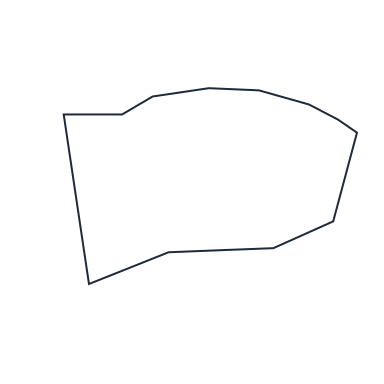 outline of Al Bayda City, Al Bayda', Yemen, rotated 105°
{"feature_id": "15242507B46514992266380", "entity_name": "Al Bayda City", "entity_type": "district", "adm_level": 2, "iso_a3": "YEM", "parent_name": "Yemen", "parent_adm1": "Al Bayda'", "projection": "natural_earth1", "projection_center": [45.571, 13.982], "detail": "fine", "context": "isolated", "style": "outline", "palette": "slate", "viewbox_px": 384, "rotation_deg": 105, "n_neighbors": 0, "source": "geoboundaries", "source_scale": "gbopen_adm2", "svg_char_len": 335}
<svg xmlns="http://www.w3.org/2000/svg" viewBox="0 0 384 384"><g transform="rotate(105 192 192)"><path d="M183.8,48.0L92.0,48.0L84.3,69.7L77.2,101.6L76.5,153.5L77.6,158.7L87.4,202.7L109.9,254.7L135.2,279.6L150.3,336.0L307.5,267.7L256.3,199.1L240.5,148.3L225.2,98.9L183.8,48.0Z" fill="none" stroke="#1e293b" stroke-width="2"/></g></svg>